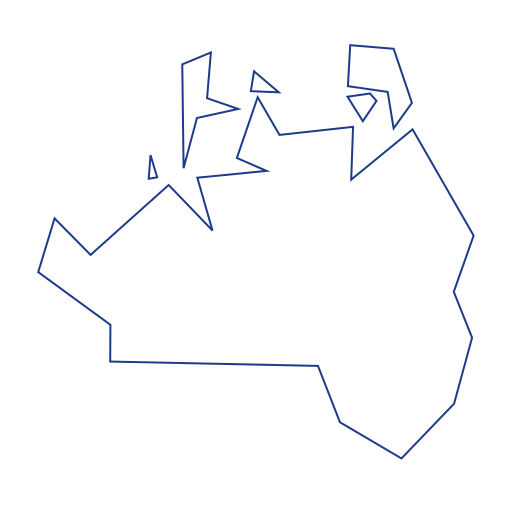 map outline of South Gyeongsang (Equal Earth projection), rotated 178°
{"feature_id": "KOR-2505", "entity_name": "South Gyeongsang", "entity_type": "Province", "adm_level": 1, "iso_a3": "KOR", "parent_name": "South Korea", "parent_adm1": "", "projection": "equal_earth", "projection_center": [128.367, 35.249], "detail": "coarse", "context": "isolated", "style": "outline", "palette": "blue", "viewbox_px": 512, "rotation_deg": 178, "n_neighbors": 0, "source": "natural_earth", "source_scale": "10m", "svg_char_len": 763}
<svg xmlns="http://www.w3.org/2000/svg" viewBox="0 0 512 512"><g transform="rotate(178 256 256)"><path d="M421.3,262.9L340.8,330.0L298.6,283.0L311.9,336.3L242.5,340.7L271.7,354.6L248.8,414.6L228.3,376.2L154.5,381.7L158.2,329.0L95.1,377.1L37.8,268.8L59.6,213.3L42.9,166.8L63.2,101.5L117.7,48.6L177.9,86.9L197.9,144.0L405.4,155.6L403.9,192.3L474.2,247.5L456.0,300.6L421.3,262.9ZM325.3,346.3L323.0,450.1L294.0,461.0L299.4,415.4L268.7,403.6L310.2,396.0L325.3,346.3ZM158.2,422.5L154.5,463.4L111.2,458.3L94.8,403.6L114.0,378.8L118.7,415.4L158.2,422.5ZM159.0,412.0L136.4,414.4L130.2,406.8L144.5,387.0L159.0,412.0ZM227.5,418.8L255.4,420.9L251.5,440.6L227.5,418.8ZM360.5,336.9L357.9,360.5L352.0,338.1L360.5,336.9Z" fill="none" stroke="#1e3a8a" stroke-width="2"/></g></svg>